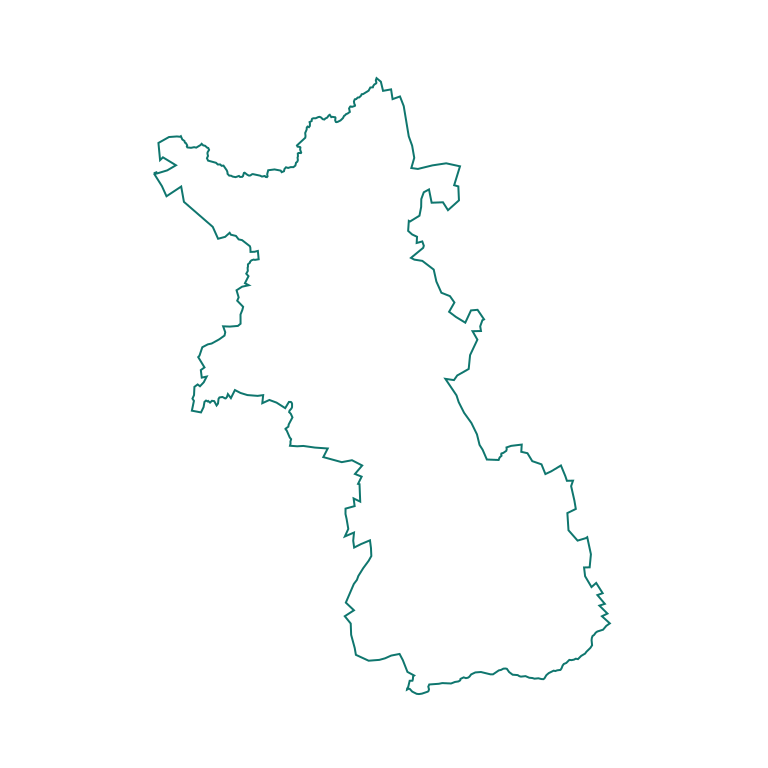 outline of Capricorn, Limpopo, South Africa, rotated 189°
{"feature_id": "47623444B39961875100415", "entity_name": "Capricorn", "entity_type": "district", "adm_level": 2, "iso_a3": "ZAF", "parent_name": "South Africa", "parent_adm1": "Limpopo", "projection": "natural_earth1", "projection_center": [29.178, -23.544], "detail": "fine", "context": "isolated", "style": "outline", "palette": "teal", "viewbox_px": 768, "rotation_deg": 189, "n_neighbors": 0, "source": "geoboundaries", "source_scale": "gbopen_adm2", "svg_char_len": 6144}
<svg xmlns="http://www.w3.org/2000/svg" viewBox="0 0 768 768"><g transform="rotate(189 384 384)"><path d="M313.5,85.7L312.0,86.9L310.9,86.9L308.0,84.6L303.3,83.1L301.0,83.2L298.1,84.1L292.6,87.0L292.0,87.8L291.8,89.5L292.9,92.0L292.3,94.3L282.9,96.5L279.7,97.7L270.9,98.7L267.3,100.8L263.9,101.9L262.4,103.2L262.3,104.7L259.4,106.7L257.1,106.3L255.2,107.0L253.9,108.2L252.5,110.8L248.7,113.4L243.2,114.7L233.5,113.9L230.9,114.3L225.8,119.1L223.7,119.9L221.6,121.5L219.5,122.0L218.1,121.9L215.4,119.1L211.5,117.0L206.4,117.4L204.6,116.6L203.0,116.4L198.5,117.6L194.6,116.6L191.5,116.8L189.3,116.5L185.4,117.5L182.5,117.2L180.4,117.4L179.5,118.3L178.1,121.8L176.1,124.2L171.6,127.4L169.9,127.3L168.1,128.3L165.0,129.2L164.2,130.8L163.5,133.9L162.6,135.6L160.3,137.0L157.8,140.5L155.6,140.6L153.2,141.5L151.6,142.7L149.4,142.6L146.7,146.3L143.2,149.2L142.2,151.2L138.9,155.6L137.6,158.5L138.9,163.4L139.0,165.6L138.6,167.7L137.2,169.1L136.0,171.5L134.6,172.9L129.2,175.6L126.6,179.9L123.5,182.9L132.4,188.7L127.4,192.2L136.6,198.8L131.5,201.4L140.2,208.9L135.3,211.6L143.3,220.7L147.3,215.9L155.3,225.6L157.7,234.1L152.2,235.1L153.0,248.2L159.3,264.5L160.6,263.3L168.3,259.6L178.9,268.4L182.7,285.2L175.0,290.6L177.7,298.6L183.2,312.4L182.2,318.1L188.2,317.0L190.5,321.4L196.5,331.2L205.2,323.9L210.5,320.3L215.9,329.3L225.5,331.0L231.5,338.1L237.8,338.5L238.5,345.7L248.7,342.8L253.1,340.5L252.6,338.7L252.8,337.1L255.4,334.6L257.1,333.8L257.3,333.0L256.7,331.5L258.3,329.5L258.9,326.9L270.6,325.5L276.3,334.5L280.1,338.8L284.3,348.8L291.6,359.2L300.4,368.1L307.4,377.8L310.6,384.1L324.2,398.7L315.5,398.8L313.0,403.9L302.7,412.1L303.5,426.0L298.7,442.4L304.8,450.0L296.5,451.5L298.0,456.0L296.8,462.4L295.3,463.5L303.2,471.9L309.6,470.3L313.3,457.3L323.5,461.5L331.0,465.5L327.2,475.5L332.6,481.1L341.6,483.1L348.3,493.4L352.8,504.8L365.4,511.6L373.5,511.6L377.1,512.8L366.6,524.6L366.3,526.8L368.5,530.8L373.8,528.4L374.4,534.6L379.6,536.1L384.1,539.0L385.0,549.0L383.7,548.6L375.3,555.8L375.0,564.7L376.1,572.5L374.7,579.6L370.0,583.2L365.3,570.5L354.2,572.7L348.0,565.7L338.7,577.1L341.5,590.8L345.8,591.3L343.0,610.9L357.1,611.7L370.4,607.5L384.2,601.7L390.8,601.6L389.5,612.1L393.5,623.8L398.3,632.5L408.0,661.6L413.2,670.5L420.1,666.7L423.1,676.1L430.8,673.4L434.4,682.1L439.2,684.9L439.6,682.7L438.6,680.3L438.8,679.7L440.5,678.2L441.3,676.5L441.4,675.3L443.9,674.7L445.1,671.3L450.0,667.1L451.4,666.7L451.8,665.2L453.3,663.2L454.8,662.8L456.0,661.1L457.4,660.6L457.9,658.4L457.2,656.2L456.2,654.8L456.3,654.1L459.0,652.7L460.2,653.0L460.8,652.7L461.6,650.7L460.3,647.4L462.3,645.4L463.6,644.7L464.6,643.2L465.3,642.7L466.2,640.1L468.2,637.5L470.7,635.7L471.9,635.2L472.6,635.3L473.5,636.9L473.5,639.2L473.9,639.8L476.7,639.8L477.8,639.3L479.7,641.4L480.6,640.6L481.8,638.2L483.4,637.1L484.3,635.9L486.0,636.0L487.7,637.3L489.3,637.8L490.6,637.4L493.0,635.8L495.4,635.4L496.4,634.8L496.7,634.2L496.6,632.4L498.5,631.0L497.9,629.8L497.6,627.3L498.3,625.9L499.8,626.3L500.4,625.2L500.2,623.2L501.1,619.6L500.3,616.6L500.3,614.9L507.3,606.0L506.5,604.9L504.2,605.0L503.6,604.6L503.5,602.4L502.0,599.6L502.2,599.1L504.5,598.8L505.2,598.2L504.6,595.4L504.8,594.1L504.1,591.7L504.4,590.0L505.5,588.8L505.7,585.9L507.4,584.0L510.1,583.6L512.5,582.4L514.7,582.7L515.9,580.8L516.1,578.5L518.2,577.2L519.4,578.6L525.7,578.8L531.8,577.0L532.2,573.0L531.5,570.8L532.0,570.0L533.3,570.0L534.3,570.8L537.0,569.8L539.0,570.4L546.4,570.8L547.3,570.4L548.6,569.1L549.9,568.7L551.6,569.2L554.7,570.9L555.4,570.5L555.8,567.3L556.5,566.4L558.6,566.0L559.8,566.8L562.9,565.1L566.0,565.2L567.6,565.8L569.5,565.6L571.4,567.1L571.8,568.8L572.7,570.4L576.7,574.6L578.5,574.1L580.1,575.2L582.5,574.8L584.5,576.2L592.7,577.1L594.2,579.3L593.5,581.7L594.4,583.9L594.5,585.2L593.4,587.9L594.5,589.6L595.5,589.7L598.0,591.3L599.9,591.4L601.7,592.7L602.5,591.4L606.4,588.1L608.6,588.2L611.5,587.1L615.2,586.9L615.9,587.7L615.7,588.9L617.3,590.9L618.4,591.3L619.1,592.8L621.5,594.0L623.4,597.0L624.1,596.3L627.3,596.1L635.0,594.3L644.5,586.8L640.2,570.1L637.8,573.3L623.7,567.5L631.5,561.1L641.2,556.4L641.9,557.5L643.5,556.6L643.0,555.5L643.5,555.2L634.3,544.7L628.2,535.4L615.2,547.3L610.1,532.6L577.7,512.4L570.6,501.5L563.9,504.5L560.1,509.2L558.6,507.5L553.4,507.1L550.2,504.1L546.7,503.9L538.0,499.1L537.3,497.6L536.5,493.6L532.7,494.3L529.4,495.7L527.3,487.6L530.9,486.4L532.2,486.5L534.3,485.4L535.4,483.8L535.4,482.9L537.1,480.9L536.7,478.4L536.9,477.5L536.2,474.4L537.3,471.4L534.7,469.3L537.1,461.8L533.0,460.4L539.4,457.9L544.3,453.5L541.1,446.8L542.0,443.3L535.2,438.2L535.5,435.0L536.6,430.2L535.1,421.1L537.4,418.5L545.2,416.6L551.9,415.8L548.9,410.3L549.1,406.9L553.9,402.2L560.6,397.0L564.2,395.6L569.2,391.9L570.7,383.1L571.7,381.5L563.9,372.3L567.1,369.1L565.0,361.8L560.3,363.6L562.3,357.5L565.4,353.0L568.0,354.4L570.8,351.5L569.9,343.3L570.9,339.6L569.1,337.6L569.6,327.6L560.3,327.3L558.6,332.9L558.5,338.3L557.2,339.8L555.4,339.2L555.0,339.7L552.9,338.4L551.3,340.5L549.0,340.5L546.0,336.6L544.9,338.7L545.1,343.5L544.4,345.0L541.5,345.9L538.6,344.9L538.0,345.1L537.1,346.6L536.6,349.6L533.0,346.1L530.3,354.7L524.3,352.7L517.2,351.7L507.0,352.5L501.6,354.1L501.2,346.0L494.7,350.3L487.2,348.8L477.8,344.7L475.1,351.4L473.2,351.7L472.4,351.2L471.7,350.0L471.2,346.8L471.6,345.3L473.1,343.0L473.3,341.4L471.4,340.0L469.2,336.7L471.8,329.1L471.8,326.9L474.3,324.4L474.0,323.7L473.0,323.1L468.7,316.4L467.1,315.0L467.4,312.5L467.0,310.5L467.2,308.3L460.0,308.9L454.0,310.2L442.3,310.4L429.5,311.5L432.5,302.3L413.5,300.2L403.7,303.7L392.8,300.1L398.6,290.6L391.6,289.0L394.0,281.3L392.5,281.2L389.1,264.1L396.1,266.2L393.9,258.8L402.5,254.9L401.7,249.6L399.8,244.8L396.6,235.3L398.8,227.3L390.4,232.6L389.9,224.4L387.9,217.8L381.5,222.4L373.4,227.4L371.2,219.9L369.6,212.1L371.5,207.0L375.7,198.9L379.3,190.4L380.1,186.3L382.5,181.8L387.5,162.1L378.3,155.8L386.4,148.5L379.4,142.2L377.2,131.1L371.6,118.6L369.4,112.1L355.9,108.3L345.4,110.8L340.1,113.2L334.4,116.9L326.4,119.8L322.2,114.2L315.8,103.3L308.6,100.8L309.5,99.8L309.3,96.9L309.5,95.4L312.2,94.9L312.7,88.7L313.5,86.7L313.5,85.7Z" fill="none" stroke="#0f766e" stroke-width="2"/></g></svg>